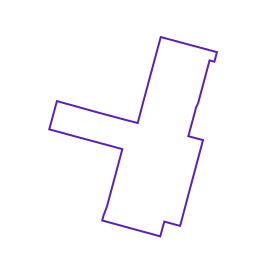 the district of Tulsa, Oklahoma, United States of America, rotated 15°
{"feature_id": "52423323B7804302532987", "entity_name": "Tulsa", "entity_type": "district", "adm_level": 2, "iso_a3": "USA", "parent_name": "United States of America", "parent_adm1": "Oklahoma", "projection": "robinson", "projection_center": [-95.925, 36.14], "detail": "fine", "context": "isolated", "style": "outline", "palette": "violet", "viewbox_px": 256, "rotation_deg": 15, "n_neighbors": 0, "source": "geoboundaries", "source_scale": "gbopen_adm2", "svg_char_len": 827}
<svg xmlns="http://www.w3.org/2000/svg" viewBox="0 0 256 256"><g transform="rotate(15 128 128)"><path d="M187.2,224.3L187.3,209.0L203.6,209.1L203.7,206.3L203.6,179.4L203.6,177.7L203.6,169.5L203.6,164.6L203.6,159.7L203.6,144.8L203.6,140.0L203.6,135.1L203.6,130.2L203.6,120.2L198.5,120.3L194.3,120.3L188.4,120.3L188.4,111.7L188.5,99.3L188.4,90.8L189.3,85.9L189.3,66.2L189.3,56.3L189.3,41.6L194.3,41.6L194.3,31.7L189.2,31.7L169.0,31.7L158.8,31.7L136.1,31.7L136.0,71.1L136.0,90.6L136.0,92.5L136.0,93.3L136.0,101.0L136.1,120.7L130.8,120.7L124.0,120.8L110.8,120.8L96.5,120.8L92.9,120.8L60.7,120.5L52.4,120.4L52.3,149.7L86.6,149.8L107.8,149.8L115.4,149.8L128.0,149.9L128.0,159.7L128.0,164.6L128.0,179.4L128.0,194.2L128.0,209.0L127.0,219.1L127.0,224.0L162.2,224.2L187.2,224.3Z" fill="none" stroke="#5b21b6" stroke-width="2"/></g></svg>